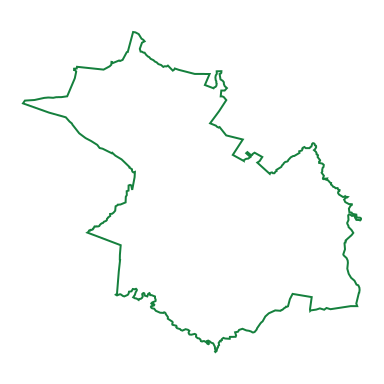 the district of Amealco de Bonfil, Querétaro, Mexico
{"feature_id": "50627088B28014095669101", "entity_name": "Amealco de Bonfil", "entity_type": "district", "adm_level": 2, "iso_a3": "MEX", "parent_name": "Mexico", "parent_adm1": "Querétaro", "projection": "albers", "projection_center": [-100.096, 20.187], "detail": "fine", "context": "isolated", "style": "outline", "palette": "green", "viewbox_px": 384, "rotation_deg": 0, "n_neighbors": 0, "source": "geoboundaries", "source_scale": "gbopen_adm2", "svg_char_len": 5999}
<svg xmlns="http://www.w3.org/2000/svg" viewBox="0 0 384 384"><path d="M357.2,306.1L356.3,303.5L358.9,292.8L359.2,292.7L359.6,290.0L359.4,287.7L358.3,285.3L356.5,284.6L354.5,280.7L351.1,277.8L348.7,273.8L347.3,268.7L347.9,262.9L347.7,260.6L346.6,258.1L343.7,255.4L343.3,254.3L345.0,249.3L344.5,243.2L344.9,242.6L345.5,242.5L345.5,241.2L345.9,241.1L346.1,240.7L345.9,240.2L351.7,235.0L353.3,232.9L351.5,230.0L348.6,227.1L348.4,225.8L347.3,223.7L347.2,222.9L348.5,220.0L348.2,215.5L348.5,214.9L348.9,214.5L350.3,214.7L352.0,215.9L354.1,215.6L354.5,216.0L355.2,217.9L356.4,219.9L359.1,220.0L360.1,220.4L360.9,219.6L361.0,218.4L360.0,217.7L357.1,217.6L356.5,216.7L356.3,214.6L353.0,214.0L352.0,213.3L351.6,212.6L349.4,212.3L348.9,208.6L350.5,205.9L351.9,204.8L351.8,204.2L349.0,204.1L345.3,202.1L344.1,199.6L345.9,197.7L347.3,197.4L347.7,197.0L345.6,196.7L345.1,196.2L344.7,196.6L343.0,197.0L339.0,194.5L338.1,193.1L338.1,192.3L338.5,191.4L339.3,191.1L339.6,190.1L338.1,189.4L337.6,188.1L335.6,188.2L334.4,187.1L333.2,186.8L332.2,185.4L331.0,184.5L331.1,183.0L330.4,182.9L327.9,180.2L327.0,180.0L326.8,179.4L327.1,178.5L325.6,178.7L325.3,179.2L324.8,178.7L323.9,179.2L323.1,179.0L322.9,178.3L323.9,175.8L321.6,172.7L322.3,171.5L322.2,169.8L322.7,167.8L323.5,167.0L323.8,164.9L322.4,163.6L319.1,162.9L319.1,161.6L320.1,160.7L320.1,160.2L317.6,157.0L318.0,155.3L317.4,154.6L316.9,154.6L316.5,154.2L316.5,153.0L315.9,151.8L314.0,150.1L315.1,149.1L316.1,147.4L316.1,146.1L315.9,145.7L314.9,145.3L314.6,144.0L313.8,143.3L312.9,143.2L312.2,143.8L311.4,146.5L310.6,146.9L309.5,148.1L305.7,148.1L304.4,147.0L303.0,147.7L302.8,148.3L302.3,148.5L302.4,149.4L301.8,150.5L299.2,151.3L299.5,152.9L294.2,156.0L293.2,156.0L290.8,157.3L288.3,160.0L287.9,161.0L287.0,161.6L285.3,161.9L283.8,163.2L283.2,164.3L282.0,165.4L281.3,166.9L276.4,169.9L276.6,171.0L275.5,171.6L274.4,173.2L272.9,173.2L272.0,172.4L270.2,172.9L269.8,173.9L257.3,162.6L259.6,161.1L262.3,157.0L254.6,152.7L252.5,154.1L252.2,154.9L251.4,155.5L247.4,152.1L246.2,153.2L250.4,157.0L248.2,158.6L246.2,158.8L243.6,160.3L243.7,160.9L232.8,154.9L242.8,139.5L226.2,135.4L219.6,127.1L218.7,127.6L216.9,126.7L216.0,125.7L210.1,123.3L219.0,111.3L226.3,100.1L223.8,97.1L222.4,96.4L220.7,96.4L221.3,90.5L224.7,90.5L226.9,88.1L224.7,86.1L223.9,84.1L223.8,82.2L222.6,80.7L220.5,79.4L219.6,74.0L220.6,73.6L221.3,72.8L221.4,71.2L216.7,71.3L216.8,73.9L215.8,75.3L215.4,77.4L215.7,80.1L216.3,81.2L216.3,83.0L216.7,83.5L216.4,85.7L215.5,86.9L214.2,87.4L213.6,88.3L204.9,85.0L209.6,74.0L194.6,73.9L179.0,69.9L174.8,68.5L174.2,69.6L172.8,70.6L167.9,65.6L166.7,66.4L164.5,66.3L163.3,66.9L161.1,65.0L158.4,64.1L156.7,62.4L154.8,61.5L153.5,60.2L150.6,58.8L149.2,57.1L148.2,56.7L146.2,54.9L144.6,52.7L143.6,52.7L141.9,51.7L140.6,51.6L139.8,48.9L142.0,42.7L144.6,41.3L143.3,39.8L141.5,38.7L138.7,34.1L135.5,32.4L133.1,32.0L127.8,51.8L127.5,51.7L126.7,52.3L122.6,59.9L120.0,61.0L119.1,60.5L112.7,63.1L112.2,63.0L112.1,62.0L111.5,61.9L111.3,64.7L109.7,66.3L103.6,69.6L77.0,66.8L76.7,68.5L74.1,68.7L74.1,70.0L74.9,70.0L76.2,71.6L74.8,78.3L67.2,96.3L61.5,97.1L56.2,97.2L53.2,97.8L48.4,97.5L44.2,97.9L34.5,100.0L24.9,100.6L23.0,103.4L49.0,112.6L65.8,117.3L69.5,121.5L71.9,123.5L72.4,124.6L79.2,133.3L85.6,138.1L91.1,141.0L97.3,144.9L99.6,148.0L102.6,148.7L111.9,153.3L112.3,152.8L115.3,155.6L121.6,159.4L129.6,167.1L129.4,167.6L132.0,169.3L132.0,170.6L132.5,171.7L133.4,172.4L134.9,171.9L134.6,177.2L132.2,189.9L131.2,185.4L130.1,184.9L128.6,185.5L128.5,190.6L126.7,191.2L126.8,195.1L125.8,196.8L125.6,202.4L120.5,204.5L117.8,204.7L117.7,205.1L115.6,206.3L115.2,210.7L113.6,212.6L112.2,213.7L110.1,214.0L110.2,216.0L107.9,217.6L107.8,218.1L107.0,218.8L106.8,220.2L105.9,221.0L104.0,221.7L102.8,223.1L102.0,223.2L100.9,223.9L99.9,224.9L99.3,226.0L97.9,226.5L96.6,226.3L95.9,226.7L95.0,226.3L94.5,226.5L93.4,228.6L92.9,228.7L92.8,229.4L91.5,230.0L90.8,229.8L89.8,230.2L89.8,230.7L89.0,230.7L88.4,231.9L87.4,232.6L120.7,245.2L119.9,254.9L119.8,259.7L120.1,259.8L118.8,271.4L117.0,293.7L115.8,294.7L117.0,295.4L119.4,294.4L120.6,294.3L123.0,296.0L124.3,296.4L127.7,294.9L128.6,293.6L129.0,291.7L131.5,291.3L132.8,289.0L134.6,289.3L136.0,288.8L136.8,289.6L136.8,290.4L135.6,292.4L134.9,294.8L133.2,297.3L135.0,298.3L136.5,298.5L138.7,300.0L139.2,299.0L140.8,298.8L142.1,297.8L142.7,296.6L142.2,294.1L143.1,293.2L143.7,293.0L144.3,293.4L144.8,295.6L147.3,296.4L148.2,293.9L149.4,293.1L149.8,293.5L149.9,294.6L150.2,295.1L151.5,295.1L155.0,296.5L155.0,298.0L155.7,299.9L155.5,301.1L152.3,302.4L151.3,303.4L151.7,303.9L153.5,303.8L154.3,304.8L153.9,305.5L151.3,306.2L150.9,306.9L151.4,307.8L152.2,308.3L154.2,308.7L155.8,310.8L160.1,312.7L163.5,312.9L164.1,312.3L164.8,312.5L165.7,313.4L165.7,314.0L167.9,317.0L167.8,318.7L172.4,321.7L172.7,322.6L172.2,324.0L172.5,324.8L176.2,325.7L176.6,326.3L176.3,327.4L177.1,328.2L180.1,329.1L180.8,330.0L182.4,330.6L185.6,329.2L188.0,329.8L189.4,330.8L188.6,332.4L188.8,333.5L189.5,334.5L191.4,334.7L194.7,333.9L195.8,334.4L196.2,335.0L196.0,336.5L196.2,337.0L197.7,338.2L199.1,338.4L200.4,339.5L200.9,341.1L202.1,341.5L203.2,341.1L204.3,341.1L206.3,342.3L207.4,343.7L208.3,344.2L208.9,343.8L208.7,343.1L207.3,340.9L208.2,340.6L209.9,341.5L211.1,342.6L213.2,343.4L214.9,346.8L215.0,348.9L215.9,350.4L215.0,351.4L215.4,352.0L216.6,351.0L217.3,347.8L217.9,347.6L218.2,346.0L219.1,345.1L218.7,342.9L219.9,341.1L220.7,341.3L220.8,340.4L221.9,340.1L221.9,339.1L223.4,337.9L225.0,338.5L229.7,338.8L229.9,336.9L235.6,336.8L236.1,335.5L235.1,332.3L238.0,331.7L239.1,329.9L242.5,328.8L246.3,330.4L249.0,330.8L251.3,331.6L252.5,332.4L253.6,332.4L254.7,331.9L256.7,329.5L257.0,328.4L260.3,323.6L261.3,322.4L262.6,321.4L265.3,316.5L268.8,313.3L275.2,310.4L280.6,310.8L281.4,310.0L282.4,309.8L284.5,307.9L285.3,307.6L286.0,306.7L286.5,306.9L288.0,306.3L289.9,299.1L292.6,293.9L311.7,297.1L310.0,309.3L310.2,310.9L310.7,310.4L316.2,309.6L319.9,308.4L324.2,309.7L326.5,308.0L330.5,309.2L350.9,306.1L357.2,306.1Z" fill="none" stroke="#15803d" stroke-width="2"/></svg>